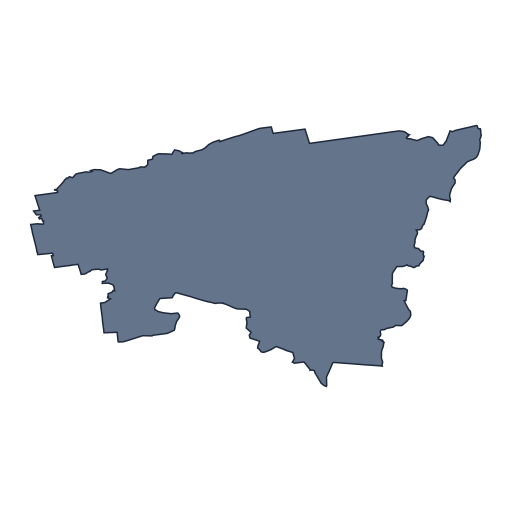 Kabiles pag., Kuldigas, Latvia
{"feature_id": "27541924B2434505236079", "entity_name": "Kabiles pag.", "entity_type": "district", "adm_level": 2, "iso_a3": "LVA", "parent_name": "Latvia", "parent_adm1": "Kuldigas", "projection": "equal_earth", "projection_center": [22.376, 56.949], "detail": "fine", "context": "isolated", "style": "filled", "palette": "slate", "viewbox_px": 512, "rotation_deg": 0, "n_neighbors": 0, "source": "geoboundaries", "source_scale": "gbopen_adm2", "svg_char_len": 5894}
<svg xmlns="http://www.w3.org/2000/svg" viewBox="0 0 512 512"><path d="M305.0,129.1L273.1,133.4L271.3,127.0L269.5,127.1L260.2,128.3L258.3,128.8L240.3,135.3L234.9,136.7L229.7,138.3L219.7,141.6L219.5,140.6L219.5,140.3L219.0,140.2L213.3,142.1L209.5,144.1L208.7,144.6L205.0,147.9L202.6,149.4L201.5,149.9L197.2,151.0L194.9,151.7L193.7,152.6L193.1,152.9L188.8,153.1L186.4,152.8L184.5,153.1L182.2,153.7L182.0,153.4L183.2,153.0L181.3,152.1L179.4,150.9L174.6,149.9L173.1,152.1L171.9,154.3L165.8,153.9L158.3,153.8L155.2,155.2L152.9,156.4L152.5,159.1L147.8,160.3L147.7,164.6L145.8,166.4L144.4,167.1L140.8,166.9L140.2,167.0L139.9,167.1L139.1,167.7L138.8,167.8L128.4,169.6L120.1,168.8L119.4,168.8L117.1,169.7L111.0,173.4L110.6,173.4L109.3,173.0L105.6,171.6L100.6,169.8L94.2,169.6L91.1,170.4L91.7,170.6L92.3,171.4L89.0,172.2L86.2,171.9L78.6,173.3L75.9,174.0L72.6,177.7L69.4,176.7L67.7,178.2L66.8,178.0L64.4,180.2L63.7,181.6L56.6,189.3L54.0,189.8L57.6,190.8L57.5,192.5L35.0,195.6L39.7,210.2L33.6,211.0L36.4,214.9L40.7,214.7L41.2,215.9L38.7,217.6L39.5,219.0L40.5,218.6L41.6,218.4L42.6,221.0L43.6,220.9L43.4,224.0L42.9,224.2L40.2,224.1L40.3,224.0L37.1,223.8L30.7,224.5L32.1,230.7L32.3,232.2L35.7,245.6L36.7,250.1L36.6,250.4L37.8,254.6L52.5,253.2L53.3,255.6L51.4,255.8L54.5,267.5L70.2,265.4L70.2,265.5L71.3,265.2L78.0,264.3L79.8,269.6L81.2,274.4L85.2,273.9L89.4,271.4L90.0,271.5L90.6,270.6L92.2,269.7L98.7,269.1L100.6,269.9L101.5,269.9L107.3,269.0L107.8,269.2L105.7,274.6L107.3,278.3L105.2,281.0L102.4,281.5L102.3,283.4L108.4,283.1L112.9,284.8L113.5,285.8L113.4,285.8L114.0,287.0L114.2,288.3L114.6,290.9L113.2,290.5L111.7,292.4L108.0,293.8L108.3,296.6L107.7,296.8L107.6,297.8L110.5,298.9L104.6,302.6L100.5,303.1L101.0,308.3L102.3,317.9L102.5,321.2L103.8,330.8L104.0,332.8L117.1,332.3L118.1,341.7L118.5,342.0L123.2,341.8L128.3,340.3L142.7,335.7L152.0,335.9L153.3,335.2L157.6,334.7L167.3,333.4L174.1,330.3L174.3,330.3L175.0,327.9L175.1,326.2L176.5,321.7L178.6,318.6L179.5,316.9L179.6,316.1L179.4,315.2L177.8,313.0L171.3,313.7L163.4,312.8L158.0,311.5L155.8,310.0L154.9,309.7L154.5,307.9L157.1,303.1L159.9,298.5L172.3,297.7L172.8,296.3L173.9,294.8L175.1,293.1L176.7,292.8L188.9,296.2L190.3,296.5L191.4,296.9L196.0,298.4L203.9,300.7L207.2,301.6L207.5,301.7L211.3,302.4L214.5,303.3L215.4,303.4L216.0,303.4L217.7,303.0L222.5,303.1L222.4,303.2L226.2,304.4L230.7,306.3L233.3,307.6L237.1,308.9L237.7,308.9L246.6,309.3L249.7,311.5L250.2,317.2L246.6,317.5L246.2,318.7L247.0,322.5L246.2,328.0L251.1,332.4L249.3,335.2L249.6,336.6L250.1,338.1L255.9,340.0L259.6,341.3L257.9,346.1L257.6,348.1L259.4,349.4L261.1,351.8L263.4,352.4L265.9,351.7L271.3,349.5L271.3,349.4L275.3,347.0L276.4,346.6L284.7,349.7L284.7,349.8L287.6,351.0L287.9,351.0L292.8,352.5L293.3,354.5L294.5,358.4L292.4,362.2L293.0,362.3L294.3,363.2L304.0,362.0L306.0,364.4L310.2,369.8L310.1,370.3L311.1,370.1L313.0,370.2L314.5,370.7L314.8,372.5L321.2,383.3L323.9,385.4L326.3,386.5L326.7,385.8L326.5,378.1L326.6,376.7L329.0,371.6L331.6,365.6L332.5,363.3L333.4,362.4L353.5,363.9L363.5,364.7L379.6,365.8L382.3,366.1L382.0,364.8L382.7,362.1L382.0,360.1L381.4,358.1L381.5,352.1L381.9,349.8L383.0,347.2L383.4,345.5L383.7,343.2L384.0,342.8L383.6,342.2L383.8,342.1L383.3,341.6L382.9,341.3L382.6,341.3L382.6,341.2L382.8,341.1L382.7,340.9L382.3,340.9L382.5,340.6L382.1,340.2L382.4,340.1L382.2,339.9L381.7,339.9L381.5,340.1L380.8,340.1L380.4,339.6L380.0,339.6L379.7,339.4L379.2,339.4L379.0,339.6L378.8,339.5L378.8,339.3L378.5,339.3L378.5,339.2L378.2,339.1L378.3,338.9L378.6,338.8L378.5,338.7L378.4,338.6L378.3,338.3L378.5,338.2L378.4,337.9L378.6,337.8L378.3,337.6L378.2,337.5L378.3,337.4L378.1,337.3L378.1,337.0L377.7,337.0L378.7,337.2L380.2,336.1L380.8,334.2L380.2,331.8L380.8,330.3L381.2,329.9L382.9,329.7L384.3,329.7L385.0,329.4L386.0,328.6L393.4,327.0L393.4,326.9L395.6,325.5L401.3,325.6L401.7,325.6L403.4,324.3L404.9,322.9L406.5,321.7L409.3,318.5L410.2,316.8L410.7,315.5L410.7,313.2L410.3,311.5L410.2,311.1L408.8,309.8L405.0,302.5L404.2,300.6L405.9,300.5L407.1,292.1L407.4,290.9L406.9,289.6L404.9,288.8L403.4,288.3L402.3,288.7L398.9,288.6L395.1,288.1L392.1,287.0L391.5,285.9L391.5,285.6L392.4,283.6L392.3,282.8L392.3,279.3L392.4,273.5L392.5,273.1L396.8,266.6L402.5,266.5L405.5,265.7L407.0,264.7L408.1,265.8L410.9,266.3L413.7,267.6L415.7,266.8L416.2,266.0L418.9,265.8L419.7,264.0L420.6,263.0L421.4,262.3L421.5,261.8L422.9,260.9L423.2,260.2L423.7,257.6L424.0,256.8L423.8,256.9L423.2,253.7L423.1,253.4L423.5,252.9L423.6,252.5L423.5,252.1L423.3,251.4L422.3,251.1L420.7,251.1L419.7,249.8L418.7,248.8L417.8,248.3L416.2,248.2L415.1,247.9L414.8,247.5L414.3,246.7L414.1,245.2L415.0,242.6L415.0,239.8L416.2,236.1L417.2,234.2L417.5,232.5L417.4,232.0L416.2,230.0L419.5,229.8L421.6,228.6L422.1,226.7L423.6,224.2L424.1,224.2L425.9,218.8L426.7,216.2L427.7,212.0L428.6,209.9L428.2,208.4L427.2,205.6L426.2,203.8L426.1,200.6L426.4,200.0L427.5,198.4L429.8,196.3L433.5,197.1L437.4,198.3L443.3,199.7L448.5,200.5L450.2,201.6L450.4,199.3L449.6,196.2L449.9,193.9L451.4,188.9L452.5,186.9L455.0,183.2L455.1,182.4L455.0,179.6L453.7,178.5L453.6,177.7L455.7,174.7L458.3,171.4L460.2,168.8L461.5,167.4L465.0,164.2L465.9,163.1L467.2,161.9L469.0,161.0L474.3,158.9L476.3,157.4L477.5,155.6L478.1,154.4L479.8,149.0L480.3,142.5L479.7,139.7L479.9,139.2L480.3,138.5L481.3,135.3L480.8,133.3L480.8,131.6L480.5,130.5L480.7,130.2L480.4,128.8L478.9,128.8L478.0,128.3L477.1,125.8L476.5,125.5L455.3,130.4L452.5,131.7L450.1,130.9L445.9,141.7L445.6,141.7L443.3,145.0L442.4,145.3L439.7,145.1L438.3,144.8L437.9,143.4L432.7,137.7L428.5,136.6L421.4,138.7L418.8,139.9L417.1,140.6L410.2,138.8L407.1,138.7L406.7,139.1L406.9,138.8L406.9,138.7L406.4,138.1L406.5,137.7L406.9,137.4L406.7,137.2L406.8,136.9L408.3,136.0L408.3,135.8L408.2,135.6L408.8,135.2L408.2,135.1L408.5,134.6L408.8,134.5L407.6,134.0L406.3,132.9L404.3,131.7L402.7,131.3L398.9,130.9L309.5,143.4L305.0,129.1Z" fill="#64748b" stroke="#1e293b" stroke-width="1.5"/></svg>